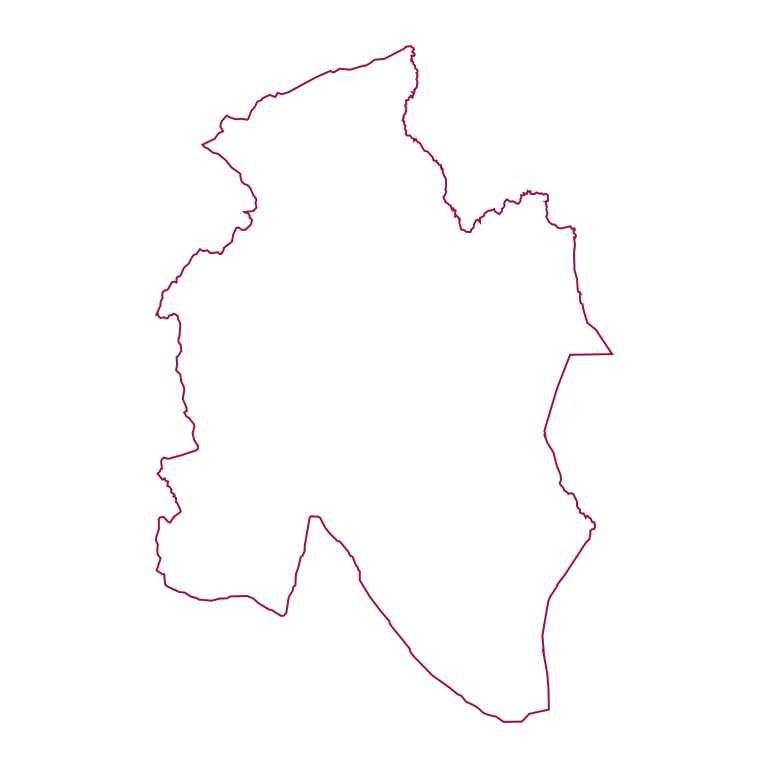 the district of Poso, Sulawesi Tengah, Indonesia
{"feature_id": "22746128B71918225941207", "entity_name": "Poso", "entity_type": "district", "adm_level": 2, "iso_a3": "IDN", "parent_name": "Indonesia", "parent_adm1": "Sulawesi Tengah", "projection": "robinson", "projection_center": [120.54, -1.674], "detail": "fine", "context": "isolated", "style": "outline", "palette": "rose", "viewbox_px": 768, "rotation_deg": 0, "n_neighbors": 0, "source": "geoboundaries", "source_scale": "gbopen_adm2", "svg_char_len": 6068}
<svg xmlns="http://www.w3.org/2000/svg" viewBox="0 0 768 768"><path d="M548.9,709.6L548.5,688.6L547.1,672.3L543.3,651.9L543.8,652.5L542.4,635.6L548.2,601.8L549.7,597.5L557.5,585.6L557.1,584.9L565.3,574.2L586.0,542.4L589.3,539.5L590.5,533.2L590.1,531.2L592.0,529.4L594.5,528.7L595.1,526.2L594.4,522.4L592.3,522.3L590.5,518.3L588.6,517.3L587.8,515.9L586.6,516.2L585.8,517.6L583.5,513.4L582.2,513.7L580.0,512.6L579.9,509.3L578.1,508.2L577.0,506.0L577.0,501.4L573.3,494.1L571.7,493.1L568.4,493.9L568.0,492.9L564.2,490.4L563.4,487.9L560.3,484.6L559.7,483.0L561.1,479.9L560.5,474.9L556.4,464.5L553.5,452.5L547.4,442.9L544.8,436.0L545.4,436.3L544.4,430.9L557.0,388.5L570.1,354.8L612.1,354.1L595.7,329.5L587.4,322.9L583.5,310.0L582.5,304.2L580.5,302.8L579.8,296.6L580.8,294.2L579.9,293.8L579.8,292.1L578.4,292.1L577.8,290.5L577.0,278.9L574.5,270.1L574.0,253.4L574.9,244.9L574.1,237.4L575.3,237.7L576.0,235.2L573.6,233.0L573.5,231.1L574.1,230.7L573.5,229.3L574.7,229.5L574.5,228.3L571.6,228.6L570.5,226.3L560.6,228.4L557.7,227.6L554.8,224.6L552.3,224.5L549.1,222.1L546.2,216.6L547.3,214.4L547.2,212.3L546.4,209.1L546.7,205.4L545.8,203.9L546.3,202.3L545.7,201.9L546.5,201.9L546.7,200.9L547.9,200.8L547.9,195.3L546.1,193.9L543.5,194.6L541.2,193.3L539.3,193.7L536.8,192.5L534.4,194.0L531.6,194.2L530.4,193.5L530.4,191.3L529.2,191.7L527.8,190.8L526.8,193.9L523.7,193.2L524.2,195.2L521.1,195.2L521.4,197.5L520.4,199.0L520.5,201.0L518.6,203.7L516.9,203.6L513.4,201.4L510.0,201.6L507.0,199.4L505.0,201.4L504.2,203.2L504.7,205.4L503.3,207.9L501.9,208.8L501.8,211.2L499.3,214.1L495.1,211.6L494.1,209.1L491.2,210.5L488.5,210.7L484.9,213.2L483.4,216.4L479.9,218.0L480.1,222.3L477.6,219.7L476.1,220.3L474.1,224.1L473.6,227.6L470.8,230.0L470.9,231.6L470.4,232.0L466.2,231.8L464.2,230.2L460.8,229.3L460.6,226.7L459.3,223.4L459.8,219.8L459.1,219.5L459.6,218.7L456.6,215.6L456.2,215.6L455.5,216.7L455.2,216.7L455.7,216.0L455.0,213.9L455.6,210.5L453.7,209.4L453.6,210.4L453.3,210.6L453.2,208.8L452.0,209.2L452.4,208.1L451.5,208.0L450.7,205.8L445.3,201.9L445.6,201.5L443.9,198.5L443.4,196.9L444.8,195.5L446.3,191.7L445.4,190.0L446.1,186.0L445.9,178.9L442.9,173.1L442.5,169.4L441.9,169.2L442.4,168.7L441.0,167.5L441.1,165.3L439.0,164.7L437.9,162.9L436.4,162.0L436.5,160.8L433.6,160.5L432.8,157.5L427.5,151.5L424.4,150.9L419.6,142.7L418.2,142.5L416.0,139.6L414.8,140.4L415.2,139.3L414.1,139.7L414.3,139.1L412.2,138.3L409.8,135.4L407.1,135.5L405.9,134.4L406.1,130.9L404.9,128.8L405.5,125.9L404.2,124.1L404.0,121.3L402.6,120.5L403.0,118.6L403.8,117.9L402.4,118.8L403.7,118.0L403.4,116.5L405.7,112.5L406.3,108.0L405.0,105.6L406.4,103.8L406.0,100.3L408.3,100.0L409.2,97.4L410.5,96.3L412.5,97.6L412.6,96.2L412.1,96.5L411.5,96.5L411.2,96.3L411.0,95.9L412.6,96.2L413.5,93.5L412.5,92.4L414.1,92.7L415.0,89.5L414.5,89.4L416.6,87.6L417.5,81.8L416.3,79.2L417.5,77.3L417.0,76.0L417.5,74.5L416.5,72.9L417.4,72.4L417.4,70.1L415.1,68.0L415.0,65.7L413.3,63.9L413.2,62.2L411.4,61.2L412.2,60.0L411.2,59.4L411.8,57.7L411.4,55.9L412.5,55.4L413.7,56.0L414.6,55.3L414.3,53.2L412.1,51.9L413.9,49.4L413.7,48.1L411.6,47.1L411.1,46.1L405.7,46.8L404.2,48.7L384.2,58.9L374.5,59.8L369.6,63.6L364.5,66.1L363.9,65.6L350.1,69.7L339.9,68.7L333.5,72.5L330.2,71.0L315.1,77.7L288.5,92.2L281.8,94.2L277.6,92.9L275.2,97.1L269.7,94.9L262.4,98.3L261.6,100.0L257.3,101.8L254.3,107.7L251.4,110.7L248.2,119.0L247.0,119.7L241.6,118.8L235.4,119.2L229.7,117.3L226.8,115.5L221.8,121.0L220.8,124.1L220.4,126.8L223.1,131.3L218.5,133.3L214.7,138.8L202.4,144.7L204.5,147.1L207.8,148.5L212.7,152.6L218.1,153.9L225.9,160.3L231.2,167.2L240.2,173.7L240.9,179.2L241.9,181.9L244.3,184.0L247.7,185.3L250.3,188.1L253.5,195.6L256.1,198.6L256.4,200.3L255.5,202.4L256.4,207.6L253.2,211.1L244.3,211.9L245.0,212.6L247.5,213.0L249.4,214.9L249.8,217.7L251.7,219.4L251.9,220.5L250.9,224.5L245.3,229.9L241.8,229.8L238.3,227.4L236.3,228.1L233.2,234.6L232.0,241.6L224.0,247.8L223.4,250.4L221.4,253.8L220.1,254.0L217.4,252.2L211.5,253.4L209.2,252.3L207.6,250.4L202.9,251.1L199.9,249.1L196.6,254.2L194.1,254.8L192.4,256.6L188.6,263.7L184.1,267.6L180.3,275.8L176.7,277.6L176.4,282.5L173.3,281.6L171.9,282.3L167.8,289.7L164.0,290.8L162.8,292.1L162.1,294.5L162.6,297.9L160.7,301.4L160.4,305.8L156.5,314.1L156.4,314.7L157.8,314.0L158.5,316.2L160.4,318.0L164.2,317.3L166.6,318.5L168.0,317.8L169.3,315.4L172.3,314.9L173.4,313.7L174.9,314.1L177.5,315.8L178.3,319.7L179.9,322.6L180.3,324.9L179.5,335.9L178.4,339.5L178.7,342.3L180.7,344.9L181.4,350.6L178.3,355.9L176.6,357.2L177.1,364.6L176.1,370.3L180.3,374.4L181.1,381.3L183.6,386.3L184.4,389.6L182.7,398.9L186.7,408.2L186.4,410.4L186.9,410.8L184.2,412.5L186.5,416.4L189.1,418.1L194.1,424.5L194.5,426.4L192.6,433.4L194.2,440.1L197.8,445.7L198.1,448.0L197.8,449.1L195.2,450.7L181.9,455.1L168.4,458.8L163.7,457.7L161.9,459.4L161.1,461.3L162.0,468.7L161.0,468.8L159.4,472.1L157.5,473.6L162.6,479.7L164.8,478.4L165.6,480.8L168.1,481.6L167.3,485.8L169.7,486.9L171.5,489.7L171.1,492.4L174.5,494.5L174.6,495.9L173.6,496.4L176.0,498.0L176.0,502.2L177.2,503.0L180.8,511.0L180.0,512.4L174.0,516.7L170.1,522.6L168.1,521.8L163.5,516.8L160.0,517.5L158.8,518.9L158.9,529.2L156.2,537.3L155.9,540.2L157.9,544.7L157.2,549.8L157.6,554.4L160.6,558.2L156.6,570.5L162.7,574.3L164.2,574.3L165.1,584.5L167.4,586.5L179.2,592.0L184.6,592.6L191.1,596.7L196.6,598.1L198.9,599.6L211.8,600.7L219.3,598.6L227.1,598.3L230.2,596.4L247.2,596.0L253.4,598.6L258.3,603.1L268.6,609.3L271.8,610.1L281.2,615.9L283.7,615.7L286.3,613.0L288.8,597.0L292.8,590.4L293.4,586.8L295.4,585.5L295.9,574.0L298.1,568.1L300.8,556.9L302.5,555.8L304.6,551.2L304.7,546.3L309.6,517.8L310.7,516.4L317.3,516.6L320.0,517.6L325.4,527.9L330.0,533.7L337.5,541.1L339.9,541.6L348.1,551.4L350.2,555.8L352.7,556.9L356.1,565.8L357.6,567.0L358.2,569.6L359.8,571.4L359.8,580.3L369.8,596.7L381.4,612.0L389.3,621.1L389.8,623.7L391.2,625.8L409.6,648.5L410.6,652.3L413.9,656.5L432.8,675.9L449.5,687.6L457.2,694.0L461.5,696.0L466.1,701.8L473.4,705.1L478.8,708.6L483.0,712.6L487.4,714.6L496.1,716.7L503.7,721.9L521.9,721.6L529.3,713.8L548.9,709.6Z" fill="none" stroke="#9f1239" stroke-width="2"/></svg>